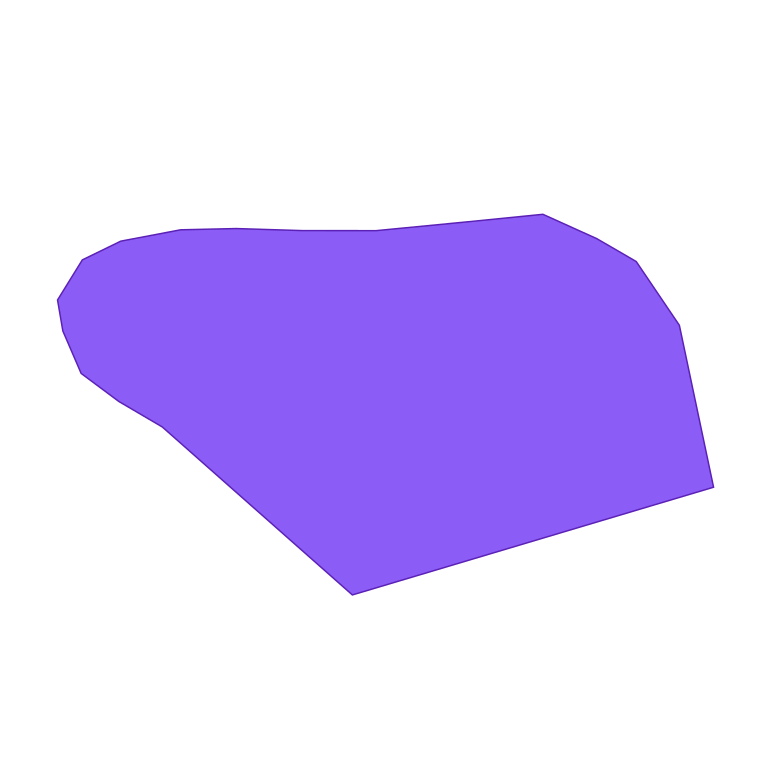 an SVG outline of Bujumbura Mairie, rotated 257°
{"feature_id": "BDI-3364", "entity_name": "Bujumbura Mairie", "entity_type": "Province", "adm_level": 1, "iso_a3": "BDI", "parent_name": "Burundi", "parent_adm1": "", "projection": "natural_earth1", "projection_center": [29.344, -3.441], "detail": "fine", "context": "isolated", "style": "filled", "palette": "violet", "viewbox_px": 768, "rotation_deg": 257, "n_neighbors": 0, "source": "natural_earth", "source_scale": "10m", "svg_char_len": 408}
<svg xmlns="http://www.w3.org/2000/svg" viewBox="0 0 768 768"><g transform="rotate(257 384 384)"><path d="M209.3,681.9L185.6,305.7L294.4,228.0L392.0,158.3L426.5,121.8L462.4,91.3L507.9,83.0L539.3,84.8L572.8,118.0L582.4,159.6L580.0,220.5L568.7,275.0L551.9,338.7L535.2,410.7L523.2,502.2L513.6,577.0L477.7,624.1L446.6,657.3L374.8,685.0L209.3,681.9Z" fill="#8b5cf6" stroke="#5b21b6" stroke-width="1.5"/></g></svg>